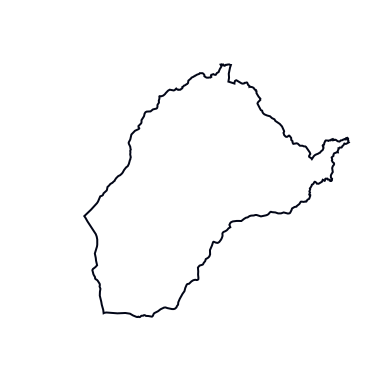 Murillo, Tolima, Colombia, rotated 315°
{"feature_id": "7082276B68710011188416", "entity_name": "Murillo", "entity_type": "district", "adm_level": 2, "iso_a3": "COL", "parent_name": "Colombia", "parent_adm1": "Tolima", "projection": "albers", "projection_center": [-75.145, 4.827], "detail": "fine", "context": "isolated", "style": "outline", "palette": "ink", "viewbox_px": 384, "rotation_deg": 315, "n_neighbors": 0, "source": "geoboundaries", "source_scale": "gbopen_adm2", "svg_char_len": 6079}
<svg xmlns="http://www.w3.org/2000/svg" viewBox="0 0 384 384"><g transform="rotate(315 192 192)"><path d="M43.8,215.2L44.7,215.5L46.3,216.7L53.5,225.1L59.3,230.4L62.1,234.2L63.0,237.6L64.5,241.2L65.2,242.0L65.8,242.1L66.2,243.1L66.8,243.6L68.5,243.7L69.2,244.1L69.9,244.9L71.1,245.2L71.7,246.2L71.8,247.0L73.5,248.9L75.5,251.8L76.7,251.9L78.7,251.1L79.7,251.0L83.7,252.3L86.9,252.7L90.6,254.0L91.7,255.0L92.5,256.7L95.2,260.8L96.3,261.9L97.6,262.5L99.4,262.6L100.4,262.1L102.5,261.8L104.3,260.3L107.8,258.9L113.4,257.3L116.5,256.8L119.4,255.1L122.7,253.8L123.6,253.8L125.1,254.8L128.3,254.8L130.5,255.3L132.2,256.3L132.9,257.4L133.8,258.1L134.7,258.2L135.7,257.4L137.9,254.7L140.2,252.6L142.8,249.6L145.3,249.4L148.2,250.9L149.1,250.8L150.2,250.4L152.4,250.2L154.3,249.2L156.5,249.8L157.9,249.9L159.0,249.7L160.7,248.9L163.6,245.8L168.4,243.9L171.3,242.4L172.0,242.4L172.2,242.6L173.0,244.5L173.9,245.9L174.8,246.4L176.0,246.6L178.9,246.2L180.9,245.5L182.6,244.6L184.1,242.9L185.1,242.5L186.2,242.6L187.9,243.3L189.2,243.6L190.3,243.7L192.0,243.5L194.2,244.0L195.2,241.7L197.1,241.0L198.4,241.0L200.1,241.7L203.2,244.1L206.4,247.4L209.7,247.8L211.9,248.3L213.4,249.3L215.6,249.7L217.1,250.5L219.1,252.3L220.6,253.1L221.4,253.9L223.5,258.0L227.8,260.8L229.3,261.5L230.5,261.7L232.8,261.5L233.8,261.8L234.4,262.9L236.5,265.4L237.8,268.1L239.9,270.1L242.4,271.3L244.6,275.1L245.9,276.0L246.7,276.1L249.5,275.2L251.1,274.4L253.9,275.1L255.5,276.2L256.0,276.0L259.4,276.4L262.0,275.8L262.5,276.1L264.1,278.1L265.6,278.9L265.7,279.4L266.2,279.6L268.2,279.1L269.7,279.6L270.2,279.6L272.9,278.3L273.5,277.7L273.4,277.3L273.0,277.1L273.1,276.7L275.2,275.7L275.2,275.0L275.4,274.6L277.4,273.7L277.7,273.4L277.9,272.8L279.0,272.7L280.9,272.2L281.9,271.6L282.5,271.9L283.9,272.0L285.0,271.6L285.7,271.5L286.1,271.6L286.4,272.3L286.4,273.8L286.2,274.4L287.4,275.7L291.2,276.6L293.1,275.8L293.4,276.5L293.5,277.5L293.7,277.9L294.7,277.6L295.5,277.0L296.2,277.2L296.4,277.7L297.2,278.3L296.9,279.2L297.3,279.5L297.5,280.1L298.1,280.8L298.1,281.2L297.5,281.5L297.7,282.2L298.3,282.7L299.1,282.7L300.4,281.7L300.4,280.2L301.6,278.7L302.8,278.1L305.7,277.4L308.0,274.2L309.8,273.3L311.5,273.1L312.3,272.7L312.8,271.8L312.6,270.5L313.1,268.7L314.0,268.3L315.2,266.3L317.5,266.5L318.7,265.5L319.9,265.2L321.6,266.0L322.4,266.1L323.2,267.1L323.6,266.5L324.6,265.7L325.8,265.5L326.5,264.6L327.2,265.0L327.9,265.0L328.8,266.0L329.4,266.3L330.8,265.9L332.1,266.0L334.0,265.5L334.5,266.5L335.2,267.0L338.0,267.8L338.1,266.8L339.0,266.1L339.1,265.4L340.1,264.7L340.2,263.7L339.7,263.6L339.3,262.9L338.6,262.9L338.0,263.6L337.5,263.2L337.3,262.4L336.9,262.2L336.3,262.2L335.6,261.7L334.6,261.5L333.6,260.7L332.2,260.7L331.9,260.6L330.9,259.1L330.6,256.9L330.1,256.1L329.6,256.1L329.1,255.6L329.1,254.7L328.3,254.9L328.4,253.9L327.8,253.9L327.7,253.5L327.2,253.3L326.5,253.5L325.6,252.5L324.7,252.4L324.2,251.4L323.0,250.1L322.4,250.1L320.0,251.0L319.3,251.6L318.4,251.9L317.8,251.9L317.7,251.5L317.2,251.6L316.9,252.2L317.0,252.7L316.4,253.1L316.2,253.8L314.2,254.7L311.8,254.5L310.3,254.7L309.8,254.4L308.6,254.2L305.7,253.0L304.6,252.8L303.4,252.8L300.0,253.5L300.2,252.2L299.7,250.3L299.8,249.8L300.3,249.3L302.6,248.7L302.9,248.1L303.3,247.2L304.5,240.7L304.3,239.8L303.4,238.9L302.8,237.4L301.0,235.5L301.0,232.8L300.5,231.6L297.7,229.6L298.0,228.3L299.0,227.1L299.0,225.4L300.4,223.8L300.7,221.1L300.5,220.7L298.4,220.3L297.7,219.7L297.4,219.1L297.4,217.1L298.5,214.9L299.8,214.5L300.3,213.8L302.0,209.3L302.2,205.9L301.2,200.7L301.7,198.9L300.8,196.3L300.7,193.6L299.2,191.0L298.1,188.3L298.0,186.8L298.2,185.6L299.1,184.1L298.6,182.9L298.8,182.0L300.8,175.8L301.5,175.4L302.3,175.2L305.4,175.2L305.9,174.4L306.3,174.3L306.5,171.6L307.5,167.7L308.9,166.3L308.7,165.5L309.3,164.9L308.8,163.9L309.2,161.8L308.5,160.0L307.7,159.1L307.6,158.4L306.9,158.2L307.6,157.1L307.4,155.9L308.1,154.4L308.3,153.7L308.2,153.3L307.8,153.0L306.8,152.5L306.3,152.0L305.4,152.0L304.2,150.9L303.8,150.0L302.4,144.4L302.2,144.2L300.9,143.9L299.5,144.6L298.7,145.3L295.8,139.7L299.0,137.4L301.6,134.4L306.9,130.9L309.3,129.7L308.8,129.1L308.6,128.2L307.4,127.1L306.4,126.7L306.2,126.2L305.3,125.7L304.4,125.9L303.9,125.0L304.1,123.8L303.2,123.6L302.9,123.1L303.1,122.6L302.3,122.1L301.7,124.0L298.5,124.8L295.6,126.0L293.7,125.5L291.6,125.9L290.7,124.8L290.4,123.7L289.1,123.2L288.6,122.8L287.8,123.0L287.0,124.3L286.0,124.1L285.2,123.2L284.5,122.8L283.3,121.6L282.9,120.6L282.6,118.9L283.4,118.2L283.7,116.4L283.4,115.4L281.5,113.5L280.7,113.6L278.1,112.4L277.6,112.4L276.4,111.9L275.8,112.0L275.2,111.6L274.4,111.5L272.5,110.8L271.7,111.0L268.2,110.7L266.3,112.1L265.0,112.2L264.3,111.9L262.8,111.7L261.4,111.1L260.4,111.3L259.5,110.9L258.4,111.8L257.5,111.5L256.5,111.5L255.7,111.2L255.0,110.2L254.7,110.2L254.1,109.3L254.0,107.7L251.9,107.7L250.9,107.3L248.6,103.9L246.6,103.4L243.2,103.5L242.1,103.7L239.9,103.5L238.0,102.6L236.8,101.3L236.4,101.4L235.7,102.3L234.7,103.1L233.0,104.0L232.1,105.2L231.6,105.5L229.5,105.9L228.9,106.2L228.0,107.2L226.8,107.9L225.9,107.9L222.8,106.0L219.7,105.7L216.8,103.1L215.6,102.7L214.0,103.0L211.6,104.5L207.1,105.5L205.7,106.9L204.6,107.5L200.8,107.5L200.1,108.2L199.8,109.6L199.6,109.8L198.8,109.8L195.0,108.4L189.8,108.5L185.5,111.2L182.3,112.2L181.5,113.1L180.4,116.2L179.0,118.1L178.7,118.7L177.4,119.2L176.7,120.2L174.8,121.8L173.3,124.1L172.3,124.6L171.8,125.1L170.5,125.6L167.2,127.5L164.8,128.3L162.8,128.0L159.6,128.4L156.9,129.2L155.5,129.4L153.1,129.3L151.1,128.6L148.1,128.6L146.1,129.0L145.1,129.4L144.2,129.2L142.3,129.2L140.0,128.6L137.7,128.8L135.8,128.7L133.6,130.2L132.7,130.6L128.5,130.4L127.0,131.1L126.1,131.1L124.0,130.2L118.8,132.3L117.0,132.7L108.1,133.1L98.8,132.9L98.4,135.0L97.3,138.9L94.2,153.7L93.1,156.1L91.4,158.6L87.7,162.3L86.2,163.4L79.8,166.8L77.3,170.6L75.6,172.7L73.1,176.7L70.6,176.8L67.5,176.4L66.3,176.8L64.0,180.7L63.2,183.7L62.5,184.4L62.2,185.3L62.6,186.9L62.6,188.0L61.8,191.6L61.1,192.6L59.8,193.5L58.8,195.7L56.4,197.4L53.5,200.1L50.2,205.5L48.5,207.9L45.8,212.7L43.8,215.2Z" fill="none" stroke="#020617" stroke-width="2"/></g></svg>